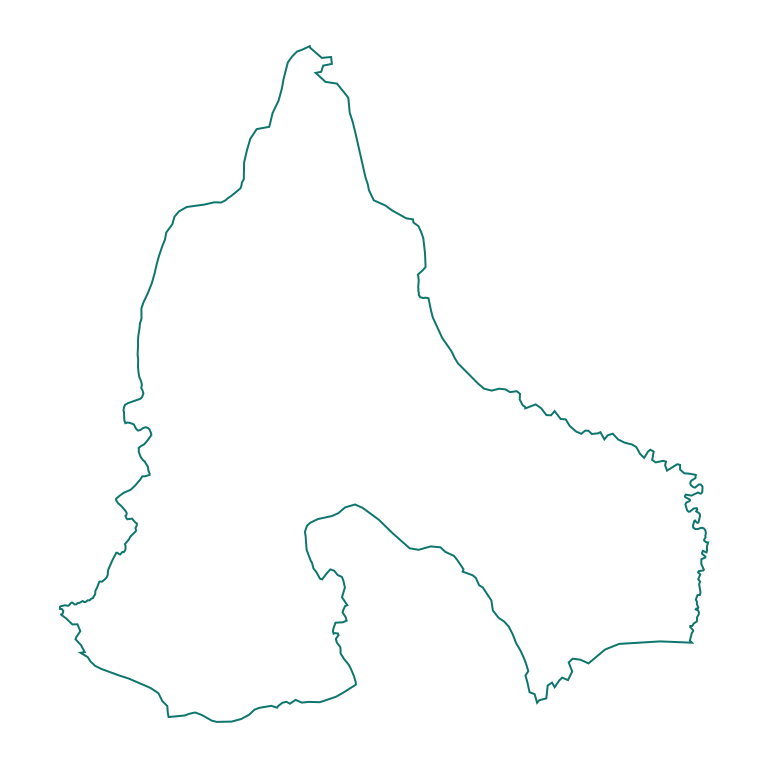 outline of Kankan, Kankan, Guinea
{"feature_id": "49546643B29721322070698", "entity_name": "Kankan", "entity_type": "district", "adm_level": 2, "iso_a3": "GIN", "parent_name": "Guinea", "parent_adm1": "Kankan", "projection": "robinson", "projection_center": [-9.056, 10.226], "detail": "fine", "context": "isolated", "style": "outline", "palette": "teal", "viewbox_px": 768, "rotation_deg": 0, "n_neighbors": 0, "source": "geoboundaries", "source_scale": "gbopen_adm2", "svg_char_len": 6068}
<svg xmlns="http://www.w3.org/2000/svg" viewBox="0 0 768 768"><path d="M691.9,642.7L689.9,640.6L691.8,633.0L693.2,631.0L693.0,630.1L690.2,626.9L690.3,626.0L692.3,625.9L693.7,623.5L696.8,621.5L697.1,617.3L698.8,614.2L698.9,612.3L698.1,610.5L695.7,609.4L696.2,608.6L697.8,608.5L698.3,607.6L696.9,604.1L696.9,601.5L695.8,599.7L697.5,595.1L699.8,595.0L700.5,592.5L699.1,584.0L700.1,581.6L698.2,579.2L700.3,574.5L698.1,572.4L698.8,571.1L703.2,570.5L703.9,569.8L701.3,564.0L701.4,559.2L705.3,557.5L705.4,556.5L702.3,554.0L702.0,552.8L702.9,550.9L706.5,552.4L707.1,550.2L706.9,546.6L708.1,542.4L706.2,542.3L704.6,541.0L704.0,540.0L705.6,537.2L705.3,535.7L705.9,533.1L705.3,530.1L703.9,528.5L702.4,527.8L700.5,528.0L697.9,529.1L695.2,529.0L693.2,527.5L693.0,525.8L694.2,521.1L695.0,520.5L696.6,522.4L697.7,522.9L698.5,522.4L699.9,516.4L700.0,514.9L698.7,512.8L696.2,511.4L697.2,509.6L696.8,508.2L693.7,508.5L689.9,511.6L688.6,511.7L687.1,510.3L685.4,504.5L686.3,502.6L689.0,501.4L690.1,500.3L689.8,499.5L685.3,497.2L684.9,496.2L685.9,494.6L691.5,495.6L698.0,492.5L700.3,493.6L701.3,493.4L702.3,492.0L702.5,486.6L701.0,484.6L699.0,484.4L695.0,487.6L693.2,487.1L690.8,485.1L690.2,483.1L690.7,481.6L691.7,480.4L695.4,478.1L695.8,474.9L689.4,473.7L684.3,473.3L680.1,469.6L680.1,464.9L677.3,464.2L667.0,470.6L665.1,465.1L666.0,461.6L663.2,460.8L655.7,462.4L652.2,459.9L653.7,451.6L650.3,449.7L648.0,451.6L644.1,457.9L640.2,454.0L636.2,447.0L632.0,444.5L624.7,442.7L618.2,439.5L612.8,433.7L607.8,435.2L604.4,439.4L600.4,432.2L598.1,433.3L591.8,434.0L588.4,430.8L585.2,430.6L581.3,433.8L576.2,431.6L569.7,425.9L565.7,419.4L560.7,419.0L554.6,411.1L551.0,415.3L546.4,415.1L541.2,408.3L535.7,404.4L525.3,408.4L525.1,406.9L522.8,405.4L519.7,399.5L520.0,393.8L516.7,391.2L510.0,392.1L505.4,389.4L499.2,388.7L491.6,390.6L484.1,388.7L478.1,383.6L458.0,363.4L454.7,358.0L451.5,351.3L442.2,337.9L432.8,317.5L430.9,310.0L428.5,298.2L425.5,297.7L423.1,298.0L420.1,297.2L419.9,296.4L418.8,295.3L418.8,292.8L418.3,290.6L418.5,289.3L418.2,287.5L418.7,280.4L418.3,276.2L417.9,274.6L423.0,270.0L425.6,267.0L425.0,253.4L423.3,238.2L421.0,231.7L418.4,226.1L413.5,222.6L413.0,219.4L406.2,218.3L392.2,210.5L385.5,205.6L373.8,200.3L368.9,190.1L367.9,184.7L365.5,177.4L355.3,132.5L352.7,121.9L349.7,112.6L348.3,97.7L337.0,83.6L325.5,81.9L315.7,72.9L321.2,71.8L323.2,65.6L331.9,63.9L331.1,57.0L321.8,57.9L310.1,47.7L309.8,46.1L302.2,49.7L296.9,51.6L292.3,56.3L287.8,62.5L283.5,79.4L281.9,88.5L278.5,100.8L272.6,113.0L269.3,126.8L256.7,129.1L250.3,138.8L247.0,150.1L244.1,162.4L243.8,179.2L241.8,182.8L241.5,185.5L240.4,188.4L231.3,195.9L227.7,198.3L225.4,200.4L221.2,202.5L214.3,202.3L204.2,204.6L186.7,207.0L179.0,211.4L174.5,216.6L172.4,224.1L166.3,232.5L164.9,239.8L162.6,245.3L159.0,255.9L157.0,263.0L154.6,273.4L151.8,283.2L147.8,293.3L143.5,302.3L141.4,308.4L141.5,318.6L139.9,323.5L139.6,327.7L138.3,335.9L137.9,341.6L138.1,344.1L137.6,355.1L138.2,359.2L138.0,366.9L138.6,373.1L139.3,377.0L141.2,381.6L141.9,385.0L141.2,387.9L142.5,390.4L143.4,393.4L142.0,397.3L140.4,398.8L128.0,403.1L125.1,404.8L124.0,407.3L123.5,410.4L124.0,411.9L124.3,420.2L125.4,423.2L127.5,422.5L129.5,422.8L133.1,424.1L134.1,424.8L135.6,428.0L136.9,429.6L138.1,430.6L140.6,429.9L143.0,428.1L145.9,427.2L148.2,428.1L149.5,429.4L151.2,433.4L151.3,435.3L147.0,441.1L144.2,444.3L140.8,446.2L138.6,448.0L138.9,449.7L138.7,451.5L140.5,456.7L143.2,460.4L144.6,461.4L147.9,466.9L148.5,470.9L149.7,473.7L149.4,474.5L149.5,474.9L145.0,476.3L142.3,476.3L140.4,479.4L134.9,485.8L130.6,489.8L123.9,492.7L119.9,495.5L116.1,498.8L116.2,500.4L118.2,503.3L121.6,506.3L125.9,511.5L126.7,513.2L126.5,514.7L125.5,515.8L126.3,518.1L127.3,519.3L132.0,518.6L135.1,522.3L136.9,523.5L136.7,525.7L135.5,528.0L136.0,530.2L135.7,531.4L131.3,535.6L129.9,537.4L129.1,539.2L124.9,544.1L125.5,545.6L125.5,549.4L124.7,551.0L123.7,552.2L122.5,551.9L120.1,554.5L118.8,553.9L117.5,552.8L116.4,552.7L112.8,559.4L108.2,569.8L107.6,575.3L106.4,577.8L104.0,580.1L101.9,581.7L100.1,581.5L99.2,581.9L97.1,587.6L95.4,590.8L95.2,594.2L93.4,597.0L93.1,597.9L90.8,599.1L89.6,600.3L87.7,600.3L85.4,602.1L84.0,602.0L82.7,601.0L79.4,602.9L77.4,603.2L76.4,604.3L74.7,604.5L72.5,602.6L71.7,602.5L70.4,603.5L69.3,605.1L68.2,605.8L64.8,605.3L61.1,606.2L60.0,606.7L59.9,608.9L62.0,609.1L63.3,610.8L62.8,613.2L62.0,614.6L60.4,614.1L66.1,618.4L72.4,624.4L77.5,624.3L80.3,631.2L76.2,637.3L75.5,639.2L81.0,645.1L84.7,652.1L80.5,652.8L87.7,657.1L90.7,661.7L95.2,665.9L101.5,669.0L119.5,675.6L128.6,678.5L150.6,688.0L158.5,693.3L162.3,701.0L167.3,706.1L167.8,712.9L168.6,717.0L184.7,715.5L189.2,713.8L195.1,712.5L201.7,714.9L211.7,720.6L216.6,721.9L231.5,721.6L241.3,719.0L249.1,714.7L254.5,709.7L259.0,707.9L271.3,705.8L277.0,707.7L278.5,705.8L282.3,702.8L286.5,701.8L289.9,703.7L295.6,699.9L301.8,702.6L308.8,701.9L319.9,702.2L335.9,696.8L342.7,693.0L355.8,684.7L355.7,681.8L353.7,675.5L351.0,669.1L348.6,664.5L344.1,659.1L340.5,653.2L340.6,650.0L340.3,647.1L336.8,642.5L335.9,638.8L338.6,635.1L337.9,633.5L335.0,633.1L333.6,633.7L332.9,631.4L333.5,628.3L335.5,622.7L342.8,622.3L346.6,620.7L345.7,617.2L342.6,612.5L343.3,609.9L345.1,606.1L347.3,605.2L342.0,597.3L344.9,587.5L343.3,580.4L341.9,576.9L337.7,575.1L334.2,570.7L330.3,569.4L326.8,573.3L322.1,579.4L320.0,578.7L316.3,572.0L313.5,568.5L312.0,562.8L310.9,561.1L306.6,549.8L305.6,536.0L304.9,531.9L307.0,525.7L310.4,522.7L317.8,519.1L332.0,516.0L338.3,513.2L345.1,507.4L355.0,504.5L362.7,507.9L378.9,519.8L392.8,533.4L409.7,548.3L418.7,549.8L430.7,546.4L440.5,547.3L445.2,551.8L454.0,555.9L457.5,560.3L463.5,569.3L462.6,571.6L472.7,575.3L475.8,577.9L479.1,585.2L482.8,587.5L491.4,600.5L492.8,610.3L498.5,617.8L504.0,621.4L508.7,626.5L512.7,634.3L516.2,643.3L520.5,650.6L523.3,656.7L525.6,662.4L528.3,671.1L525.5,675.5L527.2,681.6L529.6,692.3L534.6,694.1L537.1,702.8L539.3,700.2L546.3,698.4L547.7,685.5L552.0,682.6L554.7,687.2L559.3,680.4L562.2,677.6L568.0,680.1L572.2,671.5L568.7,662.4L572.7,658.7L580.4,659.7L588.5,663.4L605.1,649.5L619.2,643.9L660.1,641.4L691.9,642.7Z" fill="none" stroke="#0f766e" stroke-width="2"/></svg>